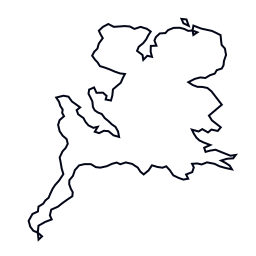 Imbuia, Santa Catarina, Brazil, rotated 86°
{"feature_id": "56859067B70457248873437", "entity_name": "Imbuia", "entity_type": "district", "adm_level": 2, "iso_a3": "BRA", "parent_name": "Brazil", "parent_adm1": "Santa Catarina", "projection": "natural_earth1", "projection_center": [-49.4, -27.515], "detail": "fine", "context": "isolated", "style": "outline", "palette": "ink", "viewbox_px": 256, "rotation_deg": 86, "n_neighbors": 0, "source": "geoboundaries", "source_scale": "gbopen_adm2", "svg_char_len": 2850}
<svg xmlns="http://www.w3.org/2000/svg" viewBox="0 0 256 256"><g transform="rotate(86 128 128)"><path d="M226.1,225.3L219.2,224.1L215.9,217.2L213.9,210.5L209.7,212.0L204.1,210.3L201.6,203.4L198.9,199.5L195.4,193.9L192.2,188.3L188.2,187.6L184.8,189.2L179.9,190.6L175.9,190.1L172.0,186.3L166.3,183.9L161.9,179.4L161.0,174.0L161.5,167.5L164.8,162.8L165.6,158.3L164.6,151.7L162.6,146.4L161.7,141.7L163.6,138.2L162.2,132.6L164.1,126.4L168.2,121.0L172.4,118.7L175.4,115.6L171.7,110.4L166.9,106.7L168.9,101.4L170.0,96.4L168.9,92.5L172.8,89.4L178.4,86.1L181.3,81.0L183.3,76.4L182.8,71.5L178.4,73.3L176.5,67.0L171.9,65.1L168.2,66.6L168.2,61.4L169.5,57.1L167.8,51.6L169.8,44.1L172.6,39.3L174.7,33.5L176.5,27.2L172.6,29.2L169.6,33.2L167.0,37.4L165.6,31.4L165.6,25.2L162.4,22.4L162.8,27.7L160.6,32.3L158.0,37.7L155.8,42.2L156.3,47.7L157.2,52.3L153.0,53.4L150.7,47.1L147.8,53.4L145.4,57.6L142.3,60.5L138.3,62.7L134.1,64.4L136.4,57.8L134.3,54.0L138.0,48.5L135.4,44.9L137.2,38.7L133.8,35.4L129.5,40.1L126.3,43.7L121.3,46.4L111.3,32.8L97.2,42.2L93.6,46.0L92.2,51.1L91.8,55.8L89.6,60.5L86.5,64.6L83.7,58.1L82.6,52.4L83.5,47.3L81.1,42.6L79.8,37.7L76.5,35.4L75.2,30.3L72.0,28.3L67.8,27.6L62.0,25.1L55.5,25.8L51.6,28.8L48.2,29.0L41.8,29.2L38.9,34.1L37.0,37.5L35.7,42.0L34.0,47.8L32.2,51.8L30.4,55.6L35.3,56.8L35.3,61.2L33.1,65.0L31.6,69.5L31.3,75.5L33.1,81.1L35.9,84.1L35.9,89.7L39.3,93.9L42.6,95.5L47.9,93.9L47.7,99.5L53.5,100.1L58.7,99.1L57.3,103.7L61.1,108.0L56.2,108.4L51.7,113.6L47.7,111.6L44.4,106.9L40.9,103.7L37.2,101.5L33.4,98.6L30.4,102.2L28.0,108.4L29.6,114.7L26.9,119.0L26.1,124.1L26.1,129.4L26.1,135.1L22.9,140.4L25.4,146.0L28.9,150.3L32.6,148.9L36.6,146.9L41.7,151.2L46.7,153.0L49.6,156.4L53.4,158.7L57.6,156.1L60.5,153.7L64.3,151.7L66.3,146.5L68.5,141.7L70.8,137.3L73.0,132.1L73.9,127.3L77.8,129.7L82.4,132.1L85.0,135.7L88.4,140.3L94.6,141.4L99.4,143.1L98.0,148.3L94.5,147.1L91.0,150.5L90.7,157.0L85.2,159.0L87.0,164.1L91.1,165.0L94.5,163.5L99.0,161.7L104.6,161.5L108.0,160.0L110.4,157.0L112.2,153.2L116.5,150.5L119.8,147.0L123.4,143.7L126.0,140.4L130.7,138.2L136.3,137.5L134.3,143.0L129.8,147.7L129.1,152.3L131.1,157.2L129.4,161.4L124.7,158.1L125.4,162.6L122.6,167.3L118.9,170.0L115.0,171.7L110.9,176.7L106.6,178.0L104.1,174.3L100.6,178.5L97.6,182.1L92.6,185.2L91.3,190.1L92.6,197.5L97.0,195.0L101.3,194.0L105.0,191.9L108.4,192.6L111.8,191.0L115.4,195.7L120.0,197.5L126.5,196.4L131.1,193.7L134.8,190.0L139.5,189.2L143.5,191.5L146.8,195.0L152.6,198.2L158.4,197.5L163.7,197.0L169.5,195.7L175.6,200.4L179.8,204.7L183.3,207.4L187.6,209.8L192.1,212.1L194.4,215.4L197.6,217.9L200.2,222.8L205.0,223.7L207.1,229.3L213.7,233.6L219.6,232.4L223.9,229.6L226.1,225.3ZM35.3,56.8L37.4,52.1L39.8,56.3L35.3,56.8ZM27.4,65.4L30.3,60.3L23.8,62.1L22.9,67.0L27.4,65.4ZM233.1,225.0L230.1,221.3L226.1,225.3L233.1,225.0Z" fill="none" stroke="#020617" stroke-width="2"/></g></svg>